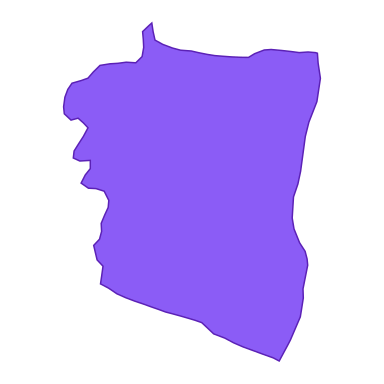 VI-4 Lower Corentyne Rive, East Berbice-Corentyne, Guyana (Mercator projection)
{"feature_id": "73187651B56094109517329", "entity_name": "VI-4 Lower Corentyne Rive", "entity_type": "district", "adm_level": 2, "iso_a3": "GUY", "parent_name": "Guyana", "parent_adm1": "East Berbice-Corentyne", "projection": "mercator", "projection_center": [-57.321, 5.762], "detail": "fine", "context": "isolated", "style": "filled", "palette": "violet", "viewbox_px": 384, "rotation_deg": 0, "n_neighbors": 0, "source": "geoboundaries", "source_scale": "gbopen_adm2", "svg_char_len": 1420}
<svg xmlns="http://www.w3.org/2000/svg" viewBox="0 0 384 384"><path d="M279.2,361.0L287.8,345.0L290.4,340.0L300.3,316.9L301.5,309.5L303.3,298.0L303.0,288.9L307.7,265.2L307.1,259.0L305.1,251.3L299.6,242.8L294.0,228.9L292.2,218.0L293.5,196.9L297.9,184.0L300.6,171.3L303.6,149.1L305.3,136.5L308.9,122.1L316.9,101.6L320.4,78.3L318.1,63.0L317.4,53.2L315.4,52.6L308.1,52.0L299.2,52.6L290.9,51.5L281.9,50.5L271.1,49.5L264.2,50.0L254.6,53.7L248.5,57.4L240.6,57.3L231.6,56.9L222.1,56.2L214.8,55.6L207.2,54.4L198.2,52.6L191.3,51.0L180.6,50.2L172.4,48.0L162.8,44.4L155.0,40.1L153.1,31.6L151.8,23.0L148.9,25.6L142.6,31.6L143.3,39.6L143.7,47.4L142.1,56.6L135.8,62.8L126.2,62.2L118.0,63.3L110.0,63.8L100.0,65.4L93.3,72.0L87.9,78.2L80.7,80.7L72.0,83.2L67.8,89.4L64.9,97.2L63.6,106.8L64.3,113.8L71.0,120.1L78.1,118.2L83.4,122.9L88.0,127.8L83.4,136.4L78.5,144.0L74.1,151.0L73.3,158.0L79.8,161.0L90.3,160.4L90.3,168.6L85.3,174.9L81.1,183.1L88.4,188.2L96.0,188.6L104.2,191.2L108.8,200.4L108.2,207.4L104.7,215.0L101.2,223.4L101.6,231.4L99.5,239.2L93.7,245.4L95.4,252.7L97.1,259.9L103.0,266.2L101.6,276.5L100.5,283.9L108.5,288.1L116.9,293.8L125.7,297.7L135.2,301.3L143.0,303.9L151.3,306.9L158.5,309.4L165.6,312.0L172.5,313.8L180.5,316.0L188.1,318.2L194.8,320.2L201.7,322.6L206.3,326.9L213.7,333.9L224.8,338.1L233.6,342.8L243.3,347.0L255.1,351.3L263.2,354.3L273.3,357.9L279.2,361.0Z" fill="#8b5cf6" stroke="#5b21b6" stroke-width="1.5"/></svg>